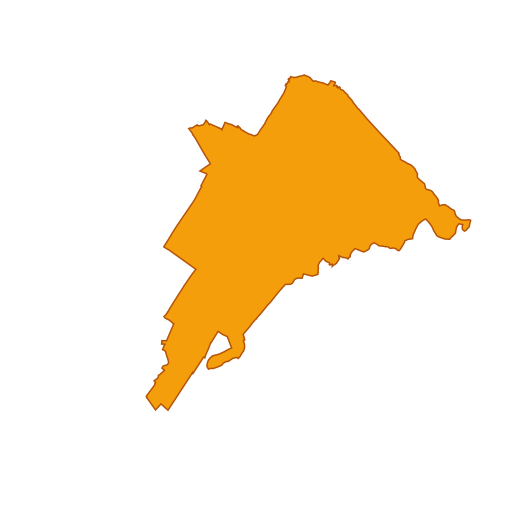 the district of Sagna, Neamt, Romania, rotated 313°
{"feature_id": "2599482B81095036257311", "entity_name": "Sagna", "entity_type": "district", "adm_level": 2, "iso_a3": "ROU", "parent_name": "Romania", "parent_adm1": "Neamt", "projection": "equal_earth", "projection_center": [27.059, 46.971], "detail": "fine", "context": "isolated", "style": "filled", "palette": "amber", "viewbox_px": 512, "rotation_deg": 313, "n_neighbors": 0, "source": "geoboundaries", "source_scale": "gbopen_adm2", "svg_char_len": 6072}
<svg xmlns="http://www.w3.org/2000/svg" viewBox="0 0 512 512"><g transform="rotate(313 256 256)"><path d="M428.5,388.6L428.1,387.6L427.7,387.1L425.9,385.5L423.3,382.8L422.3,381.3L421.8,378.5L421.7,376.1L421.7,375.5L422.2,373.9L422.8,372.6L424.1,370.9L424.4,369.3L423.9,368.0L423.4,365.8L423.3,364.5L423.2,362.6L422.6,361.1L422.7,359.5L420.5,357.4L417.8,356.0L418.8,354.5L419.1,353.6L419.5,352.8L421.0,351.7L421.2,350.7L421.7,350.4L421.6,349.8L421.7,349.2L421.9,348.8L422.4,347.0L422.2,346.0L422.5,345.3L422.9,342.8L423.3,341.7L423.2,339.6L422.2,337.1L421.2,335.7L421.1,335.2L421.1,334.4L421.4,333.4L422.4,331.9L422.9,331.4L423.4,330.5L423.7,330.2L423.7,329.9L423.4,323.5L423.4,321.5L423.6,320.3L426.1,318.1L426.9,316.1L427.2,314.9L428.1,313.0L428.1,311.9L428.3,310.9L428.3,307.5L427.3,304.4L427.0,304.2L426.9,302.9L426.7,302.3L426.6,300.8L426.2,300.0L426.0,299.0L425.7,298.1L425.3,296.5L425.2,295.8L425.4,295.3L426.8,294.1L427.1,292.5L427.5,291.9L427.9,290.9L428.1,290.6L428.7,290.5L430.6,261.4L432.0,243.7L433.5,231.3L433.3,229.5L433.7,228.3L434.5,222.4L435.1,220.7L435.3,219.8L435.7,214.3L435.8,214.0L436.3,213.3L436.4,212.9L436.2,211.8L436.4,210.1L436.2,209.3L436.6,206.8L436.3,205.9L435.7,205.1L435.6,203.5L436.4,202.9L436.2,202.6L436.3,202.4L436.5,201.9L436.4,201.6L435.2,201.5L434.8,201.3L434.6,200.7L434.6,200.3L434.8,199.9L435.7,199.9L435.7,199.5L435.6,199.0L435.5,198.8L435.5,198.3L435.2,198.0L433.8,197.3L433.6,196.7L434.8,196.3L435.9,196.2L437.0,195.8L437.1,195.5L437.0,194.8L435.7,192.3L435.5,191.7L435.0,191.2L433.0,191.8L432.1,191.7L430.9,192.2L429.9,191.8L429.9,191.3L429.5,190.1L428.8,188.8L428.5,187.3L427.6,186.0L425.9,182.9L424.5,179.9L422.8,178.6L422.8,178.2L423.3,173.9L423.1,173.0L422.4,170.6L421.5,168.9L421.4,167.9L419.5,166.9L415.8,164.4L414.7,163.9L413.8,163.2L412.6,162.2L411.8,161.0L410.8,159.0L408.6,159.8L408.2,159.0L407.3,159.0L407.2,159.6L407.2,160.5L406.7,160.4L406.1,160.5L406.1,160.8L405.8,161.1L405.8,160.9L405.6,160.5L403.2,161.1L402.6,161.4L402.4,161.2L402.4,160.6L400.6,161.2L400.6,162.3L400.5,162.8L396.1,164.5L392.8,165.6L390.8,165.8L388.8,166.3L387.8,166.4L383.1,167.6L373.2,168.9L372.1,169.3L369.7,169.9L368.0,170.1L367.4,169.9L366.4,170.2L364.9,170.3L359.3,171.9L358.4,172.5L357.0,172.3L355.6,172.7L351.3,173.2L345.7,174.3L344.0,173.4L343.0,173.2L342.1,171.7L342.0,171.1L341.5,169.6L340.1,167.1L340.2,166.7L339.9,165.5L339.3,163.5L339.0,161.0L338.6,160.4L338.5,159.8L338.4,158.9L338.8,157.2L338.9,153.9L338.5,153.8L337.3,155.1L336.4,152.1L336.0,151.1L335.6,148.9L334.7,146.9L333.9,145.9L333.8,145.4L332.6,142.2L325.2,144.9L325.4,144.4L325.4,143.9L324.9,143.2L324.6,142.2L324.2,141.7L324.3,141.5L324.5,141.5L323.6,139.2L321.4,132.8L321.0,132.2L320.2,132.2L321.1,128.7L321.2,127.0L320.9,126.6L319.7,127.5L315.8,127.9L315.3,127.6L314.5,126.8L312.8,126.0L312.5,125.7L312.4,125.3L311.8,124.7L311.7,124.3L311.8,123.5L305.8,121.9L305.2,120.8L303.6,120.0L303.3,119.9L302.4,125.3L301.5,127.3L301.0,130.5L295.8,147.2L292.5,159.1L292.2,159.7L279.9,157.0L282.2,163.0L282.3,164.4L269.7,167.9L269.6,169.1L268.9,169.1L264.4,170.2L256.1,172.5L251.8,173.3L224.4,177.5L214.6,179.3L213.2,179.7L199.8,182.3L200.5,186.2L201.1,188.1L201.1,188.9L204.0,210.9L205.1,219.9L205.3,221.1L199.6,221.6L193.9,222.4L185.2,223.7L183.6,224.1L177.0,225.2L162.4,228.0L157.8,228.9L157.1,229.2L154.5,229.6L154.6,229.8L151.6,230.1L148.9,230.0L148.6,231.6L150.1,237.1L150.1,241.3L150.3,242.1L133.0,248.4L130.0,244.9L127.2,247.0L129.4,249.5L123.9,251.4L123.9,252.0L124.3,252.6L124.5,253.7L124.3,255.1L123.2,257.1L122.3,258.3L121.0,261.0L119.6,263.2L118.2,264.9L117.6,265.1L116.0,265.2L115.3,265.0L113.2,263.6L112.1,263.2L111.2,263.2L110.5,263.5L109.7,264.0L110.1,266.1L109.8,266.3L109.9,267.0L103.5,266.5L102.3,266.0L100.7,267.1L99.4,267.3L97.8,267.2L96.3,266.7L95.3,266.6L95.1,266.7L95.0,266.9L95.1,268.8L93.4,269.2L92.7,269.8L78.5,271.4L78.2,273.0L77.9,272.9L74.9,287.5L83.0,287.4L83.2,296.8L127.6,289.1L127.2,290.0L146.5,286.6L146.6,288.0L150.0,286.4L155.5,284.6L161.7,282.0L161.8,282.3L175.0,279.7L175.8,285.0L177.5,290.0L172.1,300.9L168.7,299.4L164.4,298.1L158.4,295.6L153.4,292.3L150.4,292.0L147.3,292.2L144.8,293.3L142.2,294.9L141.4,296.4L140.8,298.4L142.5,299.2L144.8,301.6L149.7,304.1L152.6,305.4L155.5,305.2L158.9,306.4L159.8,307.5L165.7,309.0L168.9,311.4L168.9,312.9L172.2,312.8L174.5,312.1L177.9,311.7L179.3,311.2L180.8,310.4L182.6,308.9L183.5,307.8L184.0,307.1L185.5,304.4L186.9,305.0L187.2,304.7L187.7,304.0L187.9,303.1L188.2,303.2L190.0,300.0L199.8,299.6L205.5,299.0L208.9,298.9L209.9,299.1L211.9,299.0L212.0,298.8L212.3,298.7L216.4,298.8L227.9,298.0L231.7,298.1L244.7,297.1L250.6,296.9L255.4,296.9L256.5,298.2L258.8,300.4L260.9,301.2L265.4,300.2L268.5,301.7L271.2,304.9L275.3,302.9L279.6,310.8L284.7,313.8L285.2,313.1L286.5,312.8L287.2,311.6L289.0,310.5L290.9,308.7L291.6,307.8L294.3,306.9L298.2,306.7L300.2,306.7L299.8,310.6L300.1,311.4L300.8,313.8L301.0,313.9L301.0,314.2L300.7,315.1L299.8,315.4L299.8,316.3L301.4,316.9L302.0,317.4L300.4,318.9L301.9,318.8L302.5,319.0L303.7,319.5L305.4,319.8L311.1,318.8L311.6,318.5L311.5,318.1L311.6,317.3L312.8,316.3L313.9,319.8L314.4,320.9L316.3,323.4L316.4,323.8L316.5,325.2L317.1,325.3L318.3,324.9L319.5,325.4L320.5,324.9L320.6,324.5L320.8,324.2L321.3,324.0L321.8,323.9L324.1,323.3L326.0,323.3L326.6,323.4L328.9,323.3L332.2,331.6L332.6,332.2L333.6,332.5L336.4,333.6L338.2,333.9L340.9,332.7L342.3,332.4L344.2,332.7L346.2,333.3L347.0,336.1L347.2,338.7L347.7,339.5L349.8,342.2L351.0,344.1L351.1,344.5L352.6,345.8L352.7,347.4L353.1,348.8L354.1,349.9L355.6,351.0L356.3,352.7L356.8,353.0L356.7,355.9L357.8,357.1L359.6,356.9L362.8,356.3L367.3,355.2L368.5,354.5L371.6,355.7L375.4,358.7L378.6,356.5L385.4,354.2L389.8,353.0L395.5,353.6L398.9,355.0L398.2,361.5L397.3,365.1L395.7,368.9L394.2,374.5L394.7,376.9L397.2,382.5L400.4,386.3L402.9,386.0L405.1,386.3L407.8,386.3L409.3,386.0L411.7,384.2L414.1,383.0L416.7,382.5L417.9,382.4L420.0,385.7L418.0,386.9L416.4,388.6L416.2,390.6L416.4,391.5L417.1,391.8L418.4,392.1L422.6,392.0L426.5,389.7L428.1,389.0L428.5,388.6Z" fill="#f59e0b" stroke="#b45309" stroke-width="1.5"/></g></svg>